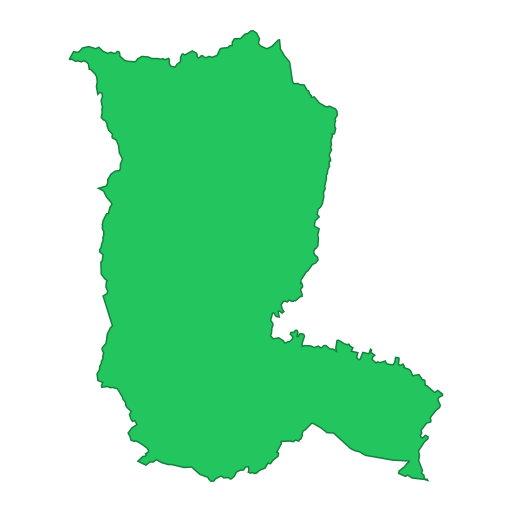 Uiramutã, Roraima, Brazil (Natural Earth projection)
{"feature_id": "56859067B11368359253245", "entity_name": "Uiramutã", "entity_type": "district", "adm_level": 2, "iso_a3": "BRA", "parent_name": "Brazil", "parent_adm1": "Roraima", "projection": "natural_earth1", "projection_center": [-60.205, 4.716], "detail": "fine", "context": "isolated", "style": "filled", "palette": "green", "viewbox_px": 512, "rotation_deg": 0, "n_neighbors": 0, "source": "geoboundaries", "source_scale": "gbopen_adm2", "svg_char_len": 5996}
<svg xmlns="http://www.w3.org/2000/svg" viewBox="0 0 512 512"><path d="M424.5,479.4L423.9,475.3L421.4,473.0L422.5,470.6L418.6,460.6L419.5,455.6L418.5,450.9L424.1,442.3L428.1,438.5L428.0,436.8L425.4,435.3L423.4,437.4L422.0,437.8L420.9,436.9L420.4,435.3L421.8,433.0L421.0,430.5L426.6,423.1L430.6,422.0L431.0,420.5L430.2,418.6L430.9,416.8L435.9,410.4L439.5,407.6L440.3,405.3L438.0,400.2L438.1,398.8L439.0,397.3L442.5,395.5L442.6,394.2L437.9,390.4L434.9,392.4L433.9,392.0L427.0,385.8L425.1,385.2L424.9,380.7L423.9,379.8L422.6,380.0L419.0,374.6L412.6,375.7L410.8,371.1L409.1,369.4L403.7,367.5L404.3,366.1L402.9,364.0L400.6,365.3L399.3,365.0L398.5,364.0L399.1,358.7L398.6,357.7L395.6,357.4L394.7,362.5L393.0,364.9L387.4,364.1L386.0,362.9L385.4,361.0L380.1,362.6L377.5,361.9L375.9,362.9L372.1,359.4L372.7,357.0L374.8,355.2L371.0,352.5L371.5,349.9L370.5,349.2L368.9,353.8L362.8,352.4L360.1,359.4L358.5,359.6L356.6,357.4L357.9,352.7L351.3,351.2L352.9,347.8L349.8,345.9L348.8,344.1L347.3,344.7L344.3,343.8L338.7,340.2L337.0,340.5L335.8,348.0L336.5,351.3L332.8,348.9L330.0,349.1L326.2,345.7L325.1,345.5L323.8,345.6L322.1,347.4L320.8,347.8L318.3,346.1L314.2,347.6L310.8,345.9L304.6,345.6L302.1,346.3L302.1,343.4L304.5,336.2L303.6,334.3L301.3,333.7L299.5,334.0L298.4,336.5L297.0,336.6L297.8,332.5L297.4,330.9L296.4,330.2L295.2,330.4L294.2,332.1L290.8,332.5L290.3,334.1L292.3,336.2L292.8,337.7L292.3,339.0L289.3,341.9L288.2,341.6L285.8,342.9L284.6,343.0L283.5,340.9L278.7,337.8L273.3,338.8L270.5,335.8L271.5,333.4L271.9,327.8L272.9,325.5L272.9,323.6L270.6,320.2L272.5,313.4L273.4,312.9L274.6,313.6L275.2,315.4L276.5,316.6L279.3,317.0L278.1,311.5L279.4,311.0L282.1,313.1L283.9,311.6L282.1,309.0L281.2,304.6L283.4,301.5L285.0,301.1L287.2,302.0L289.1,300.0L291.8,301.4L293.3,301.3L294.0,300.4L295.4,300.8L300.1,296.7L302.1,296.4L302.2,294.7L300.7,290.3L300.9,288.4L302.4,287.5L302.6,285.6L301.6,282.9L300.5,283.2L301.0,280.0L306.5,271.6L307.9,270.8L312.4,264.5L315.6,263.0L318.0,260.0L317.6,257.2L314.6,254.8L313.6,252.0L314.5,249.4L316.4,248.0L317.9,245.5L318.4,238.3L317.7,235.1L319.2,228.8L315.2,226.7L314.4,225.8L314.6,224.3L315.1,220.8L319.2,216.9L317.2,214.1L318.1,209.1L320.5,207.2L322.3,204.0L323.8,196.8L323.5,192.2L325.2,188.8L324.7,186.0L326.4,179.1L326.4,174.6L327.4,173.8L327.7,169.9L329.6,166.1L329.1,165.1L329.4,161.1L330.5,161.1L330.6,159.6L329.1,154.9L331.6,149.8L330.5,147.4L331.5,144.9L330.9,140.0L332.2,137.1L332.3,133.8L333.8,134.1L334.7,133.0L335.7,128.4L334.9,127.1L334.7,123.6L335.6,120.7L334.9,119.0L337.3,115.3L336.9,110.9L335.1,108.7L329.2,106.1L327.8,106.9L325.5,106.6L319.5,103.1L314.1,96.8L312.4,97.5L311.0,97.0L311.5,95.8L309.8,94.3L308.7,91.0L307.3,90.5L304.1,84.9L300.0,84.7L297.6,83.4L293.7,83.7L292.5,81.5L289.6,62.0L284.9,56.5L280.4,49.1L279.5,39.8L278.3,40.0L272.2,46.2L266.8,48.8L261.2,46.3L259.0,44.4L258.5,42.9L259.5,38.8L256.5,33.0L252.9,30.7L250.6,31.1L247.6,33.6L245.1,34.0L240.5,38.6L234.5,38.8L232.4,41.9L232.1,45.7L229.6,45.8L228.1,47.6L221.2,48.3L220.0,49.1L217.2,55.3L212.2,57.3L209.1,56.4L206.2,57.6L204.6,57.4L202.3,55.6L201.0,55.9L199.5,57.7L198.1,57.7L197.0,56.5L197.1,54.4L196.2,53.0L192.3,50.9L184.8,55.0L183.0,53.9L182.0,54.3L180.6,57.3L180.4,61.8L177.2,64.1L175.1,67.1L171.0,66.3L169.4,64.1L169.3,59.2L168.4,58.3L165.0,59.8L163.0,58.6L160.7,59.3L158.5,58.6L151.7,58.5L148.4,57.0L141.9,56.4L137.6,58.9L135.5,61.8L127.2,61.2L124.8,60.5L120.0,56.2L119.4,52.2L118.6,51.6L117.2,51.4L115.9,53.1L113.9,53.4L110.8,52.2L107.8,53.4L103.1,51.4L98.8,47.2L95.8,48.7L88.8,46.6L82.7,47.9L78.9,51.8L77.2,52.4L73.6,51.5L69.4,59.1L70.3,59.7L71.9,59.1L75.4,61.3L78.0,60.8L81.2,61.9L83.6,60.8L86.4,61.9L88.5,64.2L89.2,69.3L90.7,69.5L95.4,74.3L96.8,77.4L97.2,82.0L96.4,86.4L97.8,94.4L99.7,92.4L101.9,93.2L102.5,96.3L101.1,100.7L102.5,107.7L101.8,108.9L102.2,112.6L101.2,117.4L103.4,119.9L105.5,120.8L106.9,123.4L107.1,126.0L108.7,130.2L112.5,134.3L112.0,136.9L112.5,138.1L115.4,139.4L116.9,141.1L118.7,146.0L119.3,152.7L122.2,158.3L122.2,160.2L120.4,164.0L120.3,168.7L119.6,170.5L115.4,171.1L111.1,174.0L107.7,179.7L107.8,182.8L106.4,186.0L98.4,188.3L103.6,191.0L106.4,196.9L111.5,202.9L111.8,204.8L109.9,207.3L108.4,213.7L106.9,213.6L106.2,214.4L103.0,221.0L102.2,225.5L102.7,226.6L102.2,228.3L103.8,231.9L103.7,235.6L102.8,237.8L103.2,240.2L101.6,244.2L101.1,247.5L99.7,249.7L99.7,252.0L103.1,254.7L102.2,260.9L100.9,262.0L101.2,274.0L104.8,278.8L107.3,280.8L106.4,282.0L105.9,287.0L107.7,291.2L107.0,293.6L103.1,296.0L112.4,325.7L110.5,327.7L107.3,334.0L106.1,343.2L102.3,347.8L102.0,349.4L103.6,352.9L102.7,356.9L103.1,358.3L101.4,361.2L101.3,363.4L99.8,366.2L99.5,369.7L97.0,374.0L97.9,380.5L102.7,382.4L101.4,385.9L101.8,387.3L107.6,386.5L110.5,387.8L112.2,387.4L117.4,388.7L122.6,397.3L123.1,399.5L125.6,402.5L125.8,405.3L126.7,407.2L131.2,411.3L129.5,414.7L131.1,419.4L132.6,421.4L134.9,420.7L137.0,424.7L132.1,427.7L128.1,433.0L130.2,436.9L130.9,440.1L134.2,441.4L135.7,440.9L140.2,443.1L146.7,447.8L148.3,449.8L148.3,452.2L145.6,453.8L146.4,454.8L145.2,456.2L143.0,456.4L137.9,461.2L146.0,465.2L149.9,461.9L153.4,462.0L156.2,459.7L162.1,462.8L168.4,464.6L171.6,464.5L184.1,467.5L191.6,467.0L199.9,474.4L208.0,477.4L209.1,479.6L211.1,481.3L214.0,481.0L215.2,479.1L219.9,476.5L221.8,476.2L223.7,477.9L228.6,477.6L230.2,479.0L231.5,478.8L234.4,476.2L236.3,472.2L239.9,470.4L243.7,469.9L245.4,467.1L248.3,466.6L248.9,468.4L248.3,472.3L250.6,473.1L252.9,472.5L254.5,473.6L256.4,473.1L259.6,470.3L265.1,468.1L267.9,463.2L270.5,463.7L273.0,460.2L278.1,456.2L278.6,453.2L276.8,452.2L281.2,443.9L281.3,441.5L289.8,441.0L293.4,441.7L295.5,440.1L298.7,441.1L299.6,439.5L300.8,439.1L302.4,435.4L302.2,433.8L303.1,430.9L304.9,430.1L311.6,423.3L313.1,423.4L321.3,428.0L327.0,432.7L333.6,433.0L350.5,448.5L354.9,450.7L359.5,451.8L365.4,455.3L392.6,460.1L409.2,461.0L408.9,462.3L407.4,463.0L404.7,466.6L399.1,471.0L398.6,473.4L405.5,476.4L407.7,475.1L412.0,478.0L424.5,479.4ZM427.7,480.4L426.9,479.1L424.5,479.4L427.7,480.4Z" fill="#22c55e" stroke="#15803d" stroke-width="1.5"/></svg>